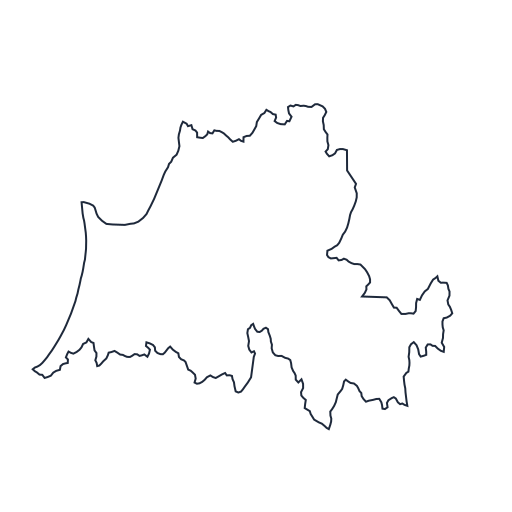 outline of Valença, Bahia, Brazil, rotated 189°
{"feature_id": "56859067B70637870066709", "entity_name": "Valença", "entity_type": "district", "adm_level": 2, "iso_a3": "BRA", "parent_name": "Brazil", "parent_adm1": "Bahia", "projection": "equal_earth", "projection_center": [-39.206, -13.363], "detail": "fine", "context": "isolated", "style": "outline", "palette": "slate", "viewbox_px": 512, "rotation_deg": 189, "n_neighbors": 0, "source": "geoboundaries", "source_scale": "gbopen_adm2", "svg_char_len": 6083}
<svg xmlns="http://www.w3.org/2000/svg" viewBox="0 0 512 512"><g transform="rotate(189 256 256)"><path d="M436.7,281.8L433.9,270.9L432.5,266.7L431.4,264.2L430.5,261.5L427.8,252.4L426.9,248.6L426.1,244.5L425.0,236.5L424.8,233.3L424.6,229.1L424.4,225.7L424.7,222.5L424.7,216.7L424.8,213.1L425.1,209.3L425.5,206.5L425.6,203.4L425.8,199.6L426.2,195.3L426.4,191.0L427.0,186.8L427.3,183.1L429.7,170.2L432.7,158.0L434.2,152.8L436.6,145.9L438.1,141.9L441.1,134.7L442.9,130.6L445.0,126.5L446.5,123.3L448.2,120.4L450.3,117.0L452.3,114.5L454.6,112.6L456.9,111.3L458.8,109.2L456.4,107.6L454.3,106.8L451.3,105.0L448.5,105.2L445.7,102.5L442.8,103.9L439.9,105.7L438.0,109.1L435.4,111.3L431.9,112.9L431.8,116.7L429.7,119.1L427.5,120.1L425.2,120.9L425.6,124.4L427.9,126.1L427.1,129.7L426.2,132.3L423.7,131.4L421.1,131.0L418.2,133.1L415.7,135.7L414.1,138.4L413.0,142.1L410.0,144.1L408.6,147.9L405.3,145.2L402.9,144.7L402.0,141.6L400.7,137.5L398.4,135.2L397.9,131.7L398.4,127.9L396.7,125.5L395.6,122.4L393.6,123.3L392.0,125.5L390.4,128.1L387.8,131.4L386.8,134.8L386.4,137.5L383.8,138.5L380.9,140.1L377.9,138.9L374.8,137.4L372.0,137.5L369.8,136.7L367.5,136.2L364.6,136.6L362.8,138.0L360.6,140.1L357.9,140.3L355.4,139.1L353.3,140.0L350.9,141.3L347.5,139.5L346.4,142.9L346.1,146.9L348.2,148.5L350.6,149.9L350.7,153.6L347.3,153.1L343.8,152.0L341.6,150.0L340.8,146.7L338.2,144.8L335.1,144.1L332.6,144.4L331.0,146.3L328.3,151.2L326.6,153.1L323.5,150.5L320.1,148.7L317.5,147.8L316.3,144.2L313.8,142.3L310.8,141.6L309.0,140.3L305.2,133.2L302.6,132.5L300.7,131.3L297.7,129.2L296.4,125.5L296.9,121.4L294.4,120.6L291.9,121.4L289.4,123.3L287.4,125.6L285.5,128.6L282.4,130.9L279.6,129.7L276.7,129.2L273.9,131.4L271.1,133.7L268.2,135.6L266.2,133.5L263.4,134.1L261.0,133.8L259.9,130.7L258.0,127.8L256.9,124.1L254.9,119.1L252.1,118.4L249.6,119.7L248.1,122.2L246.6,125.3L244.3,129.7L241.9,135.4L242.4,156.0L241.7,159.5L243.1,161.6L245.4,160.0L248.0,162.5L249.6,166.0L249.6,170.8L250.9,174.4L252.5,178.5L252.5,182.4L250.7,184.1L249.9,186.9L248.2,188.5L246.9,186.1L245.5,183.8L242.9,181.4L240.5,181.5L238.6,183.1L237.2,185.3L235.0,186.7L232.7,185.6L231.9,182.8L229.9,179.4L228.5,176.5L227.9,173.8L226.4,170.9L226.1,167.3L224.3,163.4L221.4,161.0L218.6,160.7L215.0,161.3L211.4,160.0L208.2,159.7L205.9,158.6L204.6,155.7L203.4,151.5L201.3,148.2L199.6,146.4L198.1,144.1L197.4,140.1L194.4,137.7L191.8,141.3L189.5,137.1L188.8,132.9L190.2,128.6L189.4,125.3L187.1,123.3L184.3,121.6L184.3,117.6L184.1,113.4L178.6,111.2L177.3,108.5L175.2,106.1L173.0,103.5L167.9,101.5L164.7,100.7L161.4,98.7L159.4,97.3L157.0,96.4L156.2,101.1L155.9,104.2L156.2,107.2L157.5,110.0L158.3,114.0L156.9,116.6L155.4,120.1L154.3,124.1L154.0,127.6L153.6,132.0L151.4,135.7L150.1,138.2L149.6,142.1L149.4,145.9L148.0,147.9L145.7,146.7L142.8,145.4L139.3,145.4L136.0,143.5L134.4,141.5L132.6,138.7L130.6,137.2L129.7,134.1L127.5,131.6L124.6,129.3L121.8,130.8L117.9,132.2L114.8,133.6L111.9,134.2L109.3,131.1L108.2,128.5L107.2,125.0L104.7,125.0L102.4,127.2L103.7,131.4L102.6,134.3L99.7,136.9L97.8,138.1L95.6,137.1L93.0,133.7L90.5,132.2L88.4,133.2L86.0,132.2L83.1,131.7L84.6,136.2L87.0,144.7L87.9,148.7L89.2,152.2L90.2,155.7L91.3,160.0L89.2,164.1L87.4,165.6L87.5,168.8L87.4,171.8L87.7,174.5L88.3,177.2L89.5,180.3L89.6,185.0L90.3,189.9L89.1,193.1L86.7,195.6L83.5,193.0L81.2,189.2L79.6,184.6L77.6,182.4L74.7,183.7L72.4,185.0L72.9,188.0L74.0,192.1L72.6,195.5L69.8,196.0L67.6,194.9L65.0,195.2L62.0,193.0L58.6,191.3L55.6,190.7L55.9,195.6L59.0,199.4L58.5,204.3L59.0,208.1L59.0,211.9L60.4,214.8L61.1,217.5L61.6,220.5L60.9,223.9L58.0,225.0L54.9,227.4L53.2,230.1L54.8,233.3L56.6,236.2L58.5,238.2L59.9,242.1L58.7,247.1L59.3,251.2L60.8,253.6L61.9,257.0L63.5,259.3L66.7,259.0L69.3,258.5L72.0,260.1L73.7,264.3L75.2,262.4L77.4,260.4L79.1,256.4L81.1,250.3L83.8,247.4L85.9,243.1L87.3,238.3L90.1,238.8L90.5,234.6L89.9,230.4L89.7,226.6L91.4,223.7L93.6,223.7L96.1,223.4L99.2,222.2L103.3,221.5L106.2,224.1L109.0,226.9L111.7,226.6L114.5,230.0L117.0,233.2L120.4,235.6L144.9,232.6L142.8,236.5L141.7,240.2L142.3,243.3L140.7,245.4L139.2,247.7L139.7,250.8L141.1,253.8L143.7,257.3L146.2,260.0L151.5,263.9L154.4,263.9L157.7,263.4L160.6,263.9L163.7,265.0L165.9,266.5L168.8,267.1L170.8,265.5L173.7,264.6L176.1,266.8L178.6,266.1L181.7,265.3L184.3,266.2L186.0,268.1L186.3,272.4L182.4,274.9L179.7,277.6L177.5,279.3L175.9,282.0L174.5,286.7L173.6,290.6L171.8,294.0L170.5,298.3L169.9,302.8L169.6,307.3L169.5,311.2L169.0,314.2L167.9,317.2L166.9,320.9L166.0,325.5L165.7,329.6L166.3,333.7L168.0,336.9L169.2,339.2L168.5,342.9L179.4,354.7L182.7,374.7L186.8,375.2L189.7,374.8L192.7,373.4L194.0,369.7L196.3,367.5L199.3,365.9L202.0,368.1L203.6,370.0L201.8,372.7L201.8,376.8L203.4,380.3L204.0,383.7L204.4,387.2L206.6,389.3L208.8,391.8L209.6,395.9L211.0,399.5L211.4,403.0L210.2,405.7L209.1,409.3L210.9,412.2L213.6,414.2L216.2,414.9L218.8,415.6L221.4,415.1L224.5,411.9L227.9,411.5L230.1,411.9L232.4,411.9L235.6,411.1L238.1,411.6L240.4,411.5L242.4,409.6L245.5,410.0L247.7,408.1L246.9,405.2L245.7,402.0L242.7,399.1L244.1,394.3L246.5,394.3L248.2,390.5L252.3,390.1L255.9,390.7L258.7,392.2L257.8,395.9L258.7,398.7L261.5,398.8L264.2,400.5L266.2,401.0L268.6,402.0L270.1,398.5L273.0,396.2L274.6,392.1L276.1,388.5L276.1,384.3L277.5,380.5L278.8,377.1L280.9,373.8L284.0,373.1L286.9,371.4L286.3,367.0L288.8,367.4L291.1,368.7L294.0,366.6L296.8,365.2L299.9,367.2L302.0,368.9L304.2,370.2L307.0,372.1L309.3,373.0L311.8,373.8L314.6,373.4L316.8,373.6L318.2,370.3L320.6,370.2L322.8,371.4L323.2,368.5L324.8,366.4L327.0,364.2L329.6,364.1L332.7,364.1L333.5,368.7L335.5,370.5L338.5,371.3L340.3,375.1L343.5,373.6L345.2,375.8L349.2,377.2L350.2,373.9L350.7,371.1L350.7,367.9L351.2,364.1L351.1,360.6L349.9,356.3L348.8,352.5L349.2,347.8L350.3,343.6L353.4,340.1L354.5,335.8L356.3,333.4L356.8,329.9L358.8,325.3L359.8,321.7L361.0,315.7L362.9,307.7L365.6,296.4L368.0,288.5L369.5,284.2L370.7,280.3L373.5,275.9L377.6,271.5L381.6,269.1L385.3,268.1L390.4,266.2L402.6,264.7L408.8,264.3L413.6,266.7L418.0,269.9L420.1,272.9L421.4,275.6L422.9,278.6L424.7,280.3L428.7,281.6L434.6,282.3L436.7,281.8Z" fill="none" stroke="#1e293b" stroke-width="2"/></g></svg>